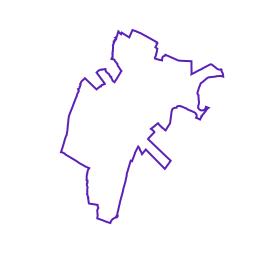 Letcani, Iasi, Romania, rotated 207°
{"feature_id": "2599482B61117657494910", "entity_name": "Letcani", "entity_type": "district", "adm_level": 2, "iso_a3": "ROU", "parent_name": "Romania", "parent_adm1": "Iasi", "projection": "natural_earth1", "projection_center": [27.401, 47.196], "detail": "fine", "context": "isolated", "style": "outline", "palette": "violet", "viewbox_px": 256, "rotation_deg": 207, "n_neighbors": 0, "source": "geoboundaries", "source_scale": "gbopen_adm2", "svg_char_len": 5797}
<svg xmlns="http://www.w3.org/2000/svg" viewBox="0 0 256 256"><g transform="rotate(207 128 128)"><path d="M180.5,209.8L180.2,208.8L180.3,208.5L180.2,207.9L179.7,205.9L179.5,204.2L179.9,203.5L179.6,203.6L179.4,203.3L179.3,203.2L179.2,202.8L179.2,202.6L179.3,202.5L179.5,202.0L179.3,201.6L179.1,201.5L179.3,201.2L179.4,200.9L179.2,200.4L179.4,200.4L179.6,200.5L179.8,200.5L179.8,200.1L179.5,199.8L179.5,199.5L179.6,199.2L179.7,198.9L180.0,198.6L179.8,198.3L179.7,197.9L179.2,197.8L179.1,196.2L179.0,195.9L179.1,195.6L179.0,194.8L178.7,194.7L178.5,194.2L177.4,191.9L177.0,191.0L177.0,190.8L176.7,189.9L176.5,189.7L176.4,189.7L176.2,189.1L176.1,188.5L176.1,188.2L176.0,187.8L175.2,186.9L175.3,186.6L174.9,186.3L174.8,185.9L174.6,185.4L174.5,185.0L174.2,184.8L174.2,184.5L174.0,184.3L173.9,184.0L173.8,183.7L173.9,183.4L174.1,183.1L174.0,182.5L174.2,182.3L174.0,181.9L172.9,182.3L172.2,182.6L171.4,182.7L171.0,182.6L170.8,182.5L170.3,182.0L169.9,181.7L166.6,180.3L166.3,180.0L166.2,179.6L165.1,178.7L163.1,177.7L162.0,176.9L159.7,175.8L160.0,174.1L159.9,173.8L160.1,171.3L160.2,169.0L160.8,162.7L161.8,162.8L162.7,163.1L163.2,163.1L163.5,163.4L164.1,164.1L166.0,165.3L166.2,165.9L166.6,165.7L167.0,165.7L169.1,167.2L169.9,167.6L170.6,167.5L172.6,168.1L173.5,168.5L173.8,168.7L174.5,169.7L174.7,169.9L174.7,170.2L175.2,170.2L175.4,169.8L176.0,169.4L176.7,169.1L177.5,168.2L177.8,168.0L178.2,168.1L179.4,166.9L180.2,166.0L181.2,163.2L178.8,161.9L178.4,161.8L175.8,160.5L174.4,159.7L172.9,159.1L171.4,158.2L169.0,157.1L168.7,156.9L168.6,156.6L169.7,155.6L170.3,154.8L170.9,154.4L171.0,154.3L171.1,153.8L171.1,153.5L170.9,153.2L170.9,152.8L171.2,152.5L171.7,152.4L173.6,148.1L189.0,152.8L189.4,151.5L190.6,148.5L190.5,147.3L190.6,145.4L190.0,145.2L189.6,143.3L189.8,142.8L189.6,142.5L189.4,141.8L189.4,140.9L190.2,139.9L189.1,139.0L188.8,138.7L188.6,138.6L188.6,138.4L188.6,135.0L188.1,132.8L188.1,131.4L187.8,128.7L187.6,126.3L187.1,122.3L186.3,113.8L186.0,111.8L185.9,111.4L185.2,109.2L183.6,105.2L183.0,103.4L181.1,98.9L180.6,97.4L180.3,96.2L179.4,93.7L179.6,92.3L179.4,91.6L179.3,91.0L179.1,89.4L177.8,82.8L176.7,76.0L175.9,76.4L172.6,76.5L171.9,76.0L159.6,75.2L155.1,74.6L150.7,74.5L149.0,74.3L144.3,74.6L144.4,73.8L144.6,72.4L144.1,70.1L144.1,69.7L143.5,68.9L143.7,68.2L143.2,67.2L143.1,66.8L142.3,64.9L142.0,64.6L141.2,62.7L140.2,62.8L139.9,61.7L139.2,60.8L139.2,60.5L139.3,60.4L139.5,60.3L139.4,59.9L138.6,58.2L137.4,57.2L137.1,56.7L136.8,56.3L136.7,55.6L136.7,55.3L136.5,54.8L135.5,53.2L135.5,52.9L134.9,52.0L134.6,51.1L134.7,50.9L134.7,50.7L133.9,50.1L133.0,49.2L132.6,48.4L131.6,47.9L131.5,46.9L130.5,45.8L130.0,44.9L129.4,44.2L129.0,43.5L128.4,43.0L120.2,45.7L119.4,44.3L118.5,43.7L118.1,43.3L118.1,43.0L118.2,41.9L118.1,40.8L116.7,38.5L115.1,35.9L115.0,35.3L114.7,34.4L114.3,33.5L108.7,34.3L105.6,34.5L100.6,35.3L100.8,36.9L100.8,37.4L100.6,38.9L100.4,39.6L99.9,40.5L99.3,41.5L98.8,42.2L97.4,43.4L98.3,44.0L98.1,44.4L98.2,44.8L97.9,44.9L97.4,45.2L98.0,45.7L98.4,46.5L98.8,47.6L99.5,50.7L100.5,54.4L101.5,58.6L101.7,59.0L102.0,60.7L102.5,63.0L103.3,66.9L103.4,67.4L104.2,70.7L104.5,71.7L104.7,72.4L104.9,73.7L105.3,75.6L105.9,78.6L107.6,85.2L107.8,85.4L108.1,86.0L108.4,87.2L108.9,90.2L110.6,99.2L110.7,100.2L109.3,100.3L109.5,101.5L109.9,105.5L110.1,106.8L110.2,108.3L110.5,109.0L110.5,112.8L110.5,116.1L109.9,115.9L108.5,115.0L106.5,113.2L105.9,113.0L105.2,112.4L104.0,111.3L103.6,111.0L102.4,116.9L76.6,108.3L75.1,118.2L105.1,127.2L105.1,127.8L104.0,131.6L102.9,135.2L102.5,136.1L102.7,136.4L104.1,137.0L104.9,137.2L105.7,137.4L106.7,137.5L107.2,137.6L105.3,141.5L103.7,145.4L103.3,145.9L102.6,145.4L99.8,144.4L99.6,144.3L98.8,144.3L98.4,144.0L97.8,143.8L96.2,143.6L94.7,143.1L93.9,142.9L93.4,142.9L93.0,148.2L92.7,150.5L92.8,151.7L93.4,153.4L96.2,161.3L96.4,161.7L96.6,162.1L96.7,163.1L96.9,164.0L97.0,165.1L96.8,165.5L96.0,166.8L95.2,167.4L93.9,168.2L94.0,169.0L94.0,169.5L93.5,170.1L91.8,171.2L91.1,171.2L90.9,171.4L86.8,171.7L86.3,171.7L85.6,171.9L84.3,171.8L83.4,171.6L81.2,171.7L81.0,171.8L80.0,171.9L78.1,172.0L76.2,172.1L75.3,172.0L74.3,171.8L73.8,171.3L73.1,171.1L72.7,170.7L72.4,170.2L72.1,169.4L72.0,168.0L69.4,168.3L68.4,168.2L67.6,168.3L67.7,170.3L68.0,172.0L67.5,172.1L67.6,173.0L67.3,174.6L67.0,175.5L66.9,176.8L66.5,177.8L66.4,179.8L66.0,181.3L65.8,181.8L65.4,182.5L68.2,182.2L67.9,181.2L67.8,180.5L67.9,180.0L68.2,179.3L68.5,178.4L68.9,178.0L70.4,177.1L71.0,176.8L72.7,176.9L73.2,177.0L74.1,177.6L74.7,177.8L75.6,180.0L75.7,181.2L75.9,181.9L76.6,183.5L78.0,185.5L78.8,186.9L79.8,188.5L80.0,189.2L80.4,189.4L80.9,189.6L81.2,189.7L81.8,190.3L82.1,190.9L83.1,196.5L83.2,198.3L83.5,200.7L83.5,200.9L82.3,203.0L82.0,204.0L81.4,205.2L81.2,205.9L80.9,206.5L80.3,208.0L79.5,209.4L78.0,210.6L77.6,210.7L76.5,211.5L74.3,212.9L72.7,214.1L72.7,214.3L69.1,216.4L68.2,216.7L66.5,217.0L67.2,218.2L68.5,219.8L68.9,220.1L70.1,220.8L70.4,221.1L70.7,221.5L70.9,222.1L71.2,222.5L71.7,222.5L72.7,221.7L73.3,221.4L73.7,221.3L74.3,221.2L75.4,221.2L81.1,222.4L83.0,222.5L83.2,222.3L83.7,221.8L84.8,220.3L88.7,214.8L88.7,214.4L88.9,214.2L91.1,211.5L91.6,210.7L94.1,207.1L95.9,204.7L96.2,205.7L96.7,206.6L100.2,213.2L100.9,214.7L101.8,216.3L112.1,211.6L113.6,211.1L114.2,211.0L128.0,210.2L127.9,209.2L128.8,208.2L129.2,207.6L129.4,206.7L129.3,206.1L128.5,203.9L128.4,203.7L131.0,203.0L135.4,202.1L135.5,202.2L135.7,202.8L135.8,203.0L136.0,203.1L136.0,205.0L136.1,205.5L136.3,205.9L136.4,206.8L136.5,206.9L136.8,208.1L136.8,208.8L136.9,209.1L137.4,210.0L137.8,211.9L140.3,212.4L140.3,213.8L140.2,214.7L140.3,216.7L141.0,216.7L141.0,217.5L147.6,217.8L157.4,218.1L159.9,218.2L164.1,217.8L165.0,217.9L166.6,217.5L168.5,217.3L168.2,212.8L168.1,211.0L168.0,209.3L177.0,210.1L177.0,209.7L176.7,208.8L176.7,208.4L179.3,209.0L180.3,209.8L180.5,209.8Z" fill="none" stroke="#5b21b6" stroke-width="2"/></g></svg>